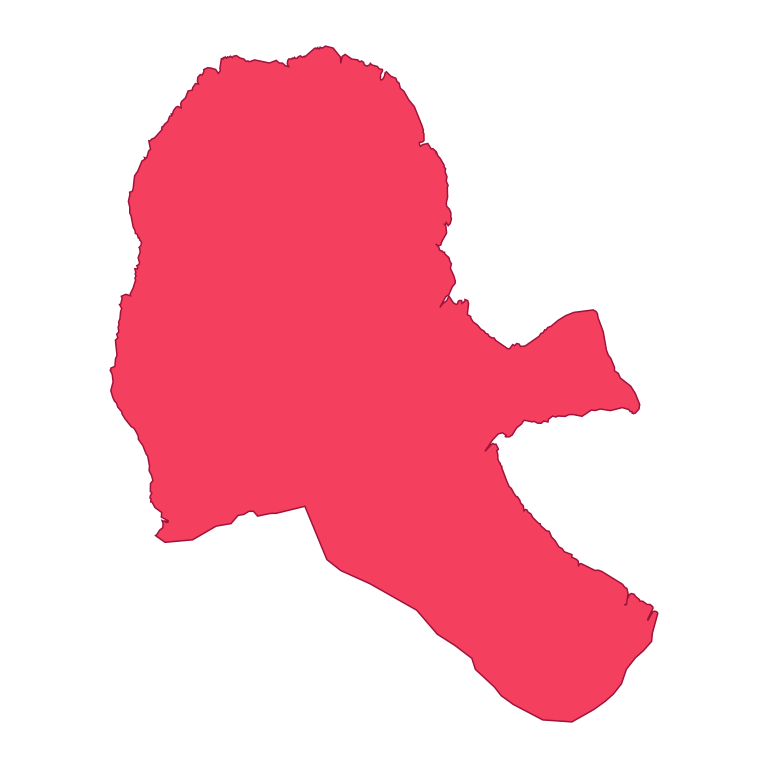 North Erromango, Tafea, Vanuatu
{"feature_id": "77236927B15473640252363", "entity_name": "North Erromango", "entity_type": "district", "adm_level": 2, "iso_a3": "VUT", "parent_name": "Vanuatu", "parent_adm1": "Tafea", "projection": "equal_earth", "projection_center": [169.132, -18.762], "detail": "fine", "context": "isolated", "style": "filled", "palette": "rose", "viewbox_px": 768, "rotation_deg": 0, "n_neighbors": 0, "source": "geoboundaries", "source_scale": "gbopen_adm2", "svg_char_len": 6022}
<svg xmlns="http://www.w3.org/2000/svg" viewBox="0 0 768 768"><path d="M657.8,613.3L656.6,611.7L654.2,611.1L652.7,611.8L647.7,620.8L648.0,618.5L653.0,608.3L652.7,606.7L650.1,604.5L646.9,604.4L642.9,601.3L639.7,601.1L639.5,599.7L635.4,596.3L634.2,594.3L631.3,593.5L629.6,594.4L627.3,598.8L626.4,604.6L624.1,604.9L626.4,604.2L628.1,593.6L626.9,588.5L624.5,587.0L622.6,584.3L602.0,571.6L598.5,570.2L594.8,570.4L581.4,563.7L580.2,563.6L578.5,565.5L578.3,561.3L576.5,559.4L571.8,557.2L572.0,554.7L564.4,551.8L562.0,548.5L558.8,546.8L555.2,540.8L551.5,536.9L549.2,531.3L546.5,530.8L540.5,525.5L540.2,523.7L538.5,523.3L533.0,517.8L530.7,513.7L528.2,512.3L526.9,509.9L525.2,509.5L524.0,510.8L523.2,505.6L520.6,503.0L519.8,500.2L517.5,496.8L516.3,496.6L514.1,493.7L511.4,488.5L509.1,486.5L506.6,480.7L501.7,467.7L502.0,466.8L500.1,464.3L500.3,463.3L499.1,462.2L497.8,458.8L497.8,454.4L496.7,450.5L498.3,449.5L498.2,448.6L495.9,444.1L494.4,444.4L493.0,443.5L491.4,444.4L484.9,451.4L492.5,440.0L498.3,433.9L502.5,432.8L506.2,435.3L505.3,436.4L505.8,436.9L509.3,436.8L512.2,435.0L516.5,428.0L521.4,424.1L523.6,420.7L524.8,420.3L532.2,421.9L534.1,421.3L537.4,423.1L541.1,423.3L543.7,421.1L548.0,421.9L548.5,419.3L552.5,416.1L555.9,417.0L557.9,416.0L565.2,416.4L568.7,414.7L573.0,414.5L582.1,416.3L591.3,410.1L595.2,410.5L600.4,409.0L610.4,410.6L622.3,407.6L628.7,409.5L630.2,411.6L631.9,411.6L632.1,413.1L633.6,413.7L635.4,413.0L639.0,409.0L639.7,404.5L635.4,393.7L630.7,386.2L620.3,378.0L618.3,373.4L614.5,370.8L614.5,367.4L610.9,358.5L608.3,355.1L606.4,350.0L603.3,332.0L598.1,317.8L597.4,313.6L596.1,311.6L593.3,309.9L573.8,312.4L565.6,315.7L558.0,320.4L551.0,326.3L547.9,327.4L545.9,330.0L544.7,329.8L543.1,332.8L540.9,333.4L539.1,336.3L525.1,346.0L520.5,346.4L519.1,344.1L516.7,343.5L514.6,345.6L512.7,344.6L509.8,348.5L508.0,348.9L495.6,340.4L494.2,338.0L491.8,337.8L489.0,336.2L488.0,334.2L485.6,333.3L484.2,331.2L480.8,329.1L477.4,325.0L473.1,321.9L470.8,318.1L470.7,316.5L467.3,314.5L468.6,303.5L467.6,300.6L465.0,299.5L465.0,301.0L462.0,303.4L461.6,300.6L459.5,300.5L458.4,301.1L457.3,303.9L456.1,304.5L453.2,302.6L448.9,296.0L446.9,300.5L442.8,303.6L439.8,307.5L445.8,296.7L448.9,294.6L452.3,286.8L455.0,283.6L455.4,281.4L453.8,275.8L450.4,268.4L451.4,263.7L449.9,261.3L449.0,257.7L444.9,254.1L444.5,252.2L443.1,252.4L442.5,251.2L439.8,250.3L438.7,247.0L435.8,243.9L438.4,246.0L440.8,245.0L441.6,242.0L446.6,233.0L445.9,226.1L444.5,224.2L445.9,224.1L446.3,222.6L448.2,225.7L450.1,223.7L451.5,218.9L450.8,216.9L450.9,212.9L449.3,209.1L446.6,206.2L446.3,202.7L447.6,197.2L447.3,187.6L448.1,185.4L446.2,181.0L447.0,176.7L445.0,171.8L445.6,168.6L444.2,167.3L444.1,165.2L440.4,158.7L437.5,155.3L436.9,153.0L435.9,152.8L436.2,151.6L432.9,148.7L431.1,148.8L427.8,143.5L422.6,144.6L420.4,146.2L419.7,145.4L419.3,142.5L422.7,141.8L424.0,140.5L423.9,133.6L423.1,132.2L423.4,130.2L421.7,124.9L414.3,106.6L408.8,99.9L403.8,91.1L400.3,88.3L399.1,83.1L397.0,81.5L395.8,78.2L390.9,76.3L386.4,71.8L385.2,72.7L384.4,76.3L382.6,79.4L381.1,80.1L380.5,79.1L380.6,74.4L382.6,70.6L382.3,69.4L379.2,68.9L377.4,66.5L372.0,65.0L370.3,63.3L369.6,64.8L367.0,66.1L364.3,64.8L363.6,62.3L361.6,61.0L359.6,61.8L357.6,59.8L351.9,59.1L345.1,54.4L342.2,56.4L340.7,63.4L340.5,57.2L333.2,48.1L325.5,46.1L322.3,48.1L320.1,47.2L319.6,48.8L318.5,48.8L317.8,47.6L316.7,48.8L315.8,48.0L314.5,48.4L304.9,56.8L304.3,56.2L302.5,57.3L300.3,55.8L298.2,56.8L297.5,58.1L295.1,58.4L294.6,57.4L293.5,58.4L292.3,58.0L291.6,59.1L288.9,58.9L287.8,60.4L287.3,63.7L288.6,66.6L285.4,65.7L282.4,63.1L279.4,63.1L276.2,60.4L269.4,63.0L254.6,59.9L249.2,61.8L248.0,60.9L246.1,61.4L243.9,59.0L240.0,58.0L236.4,55.6L233.4,56.2L232.4,57.6L230.4,56.2L228.7,57.4L227.5,56.9L226.5,58.2L225.2,56.9L224.3,57.9L223.3,57.6L222.8,59.2L221.4,58.7L219.9,68.5L220.3,70.7L218.3,73.4L215.7,69.5L211.1,68.1L207.7,67.7L203.7,69.6L204.0,71.4L202.2,75.0L200.3,74.5L197.8,77.3L197.4,81.3L198.5,84.0L195.5,83.5L192.8,87.5L192.2,90.1L188.1,91.0L185.5,97.8L181.6,101.5L180.7,103.8L181.2,107.9L177.8,106.4L176.0,107.2L173.5,110.6L172.6,113.8L171.2,114.0L172.0,115.2L171.6,115.8L169.7,116.2L167.8,121.5L164.4,124.4L163.4,126.4L162.2,126.6L161.6,128.1L161.9,129.7L154.6,137.9L151.8,139.0L149.8,141.1L148.8,140.8L150.5,149.3L148.7,150.9L146.9,157.1L146.2,158.0L144.4,157.5L145.0,159.2L142.0,161.0L137.8,171.1L134.6,175.8L133.1,188.9L132.2,191.4L129.6,192.2L129.9,194.5L128.4,201.5L129.7,206.8L129.8,213.2L131.0,215.5L133.2,227.1L135.0,230.5L135.4,233.5L137.2,234.1L138.3,238.0L139.3,237.8L139.7,240.0L141.5,242.0L141.0,245.4L139.0,247.6L139.7,248.4L140.2,252.2L138.1,257.7L139.5,262.8L138.9,264.5L136.7,265.7L137.7,267.6L137.4,268.9L134.8,268.7L135.9,272.6L135.1,273.7L136.0,276.1L134.9,278.1L135.6,280.0L133.0,288.3L130.2,294.0L130.6,295.8L125.9,294.3L121.3,296.3L122.1,298.2L121.5,300.8L120.7,304.1L119.5,304.5L121.7,308.4L120.6,311.6L119.9,318.9L118.6,322.2L119.0,324.6L118.1,327.2L118.8,331.8L116.7,334.2L117.9,337.9L115.4,340.1L117.0,355.4L115.5,358.8L114.9,366.4L110.9,368.1L110.9,369.8L110.2,370.2L112.2,374.4L113.1,381.9L110.8,390.6L112.7,397.1L114.4,401.0L116.4,402.9L117.8,407.1L121.8,411.9L122.1,414.1L125.3,419.2L131.1,426.5L134.0,428.3L136.1,431.8L138.2,435.9L138.4,439.3L142.9,445.7L146.1,453.9L147.7,456.1L149.5,466.0L149.1,470.7L151.5,475.4L152.9,480.6L150.5,483.4L150.3,491.3L151.8,493.0L150.1,496.3L150.2,498.4L151.1,498.8L150.7,501.9L152.2,502.3L154.9,507.5L161.7,512.5L161.3,517.1L168.1,520.7L168.2,521.8L166.1,521.3L167.6,522.8L162.0,520.5L163.1,523.5L162.8,527.7L159.7,530.1L156.7,534.8L155.5,535.4L156.2,536.1L165.0,542.3L192.6,539.8L216.2,526.1L231.0,523.6L238.1,515.4L243.8,514.4L249.0,511.3L253.5,511.3L257.6,516.1L270.6,513.4L276.3,513.3L304.9,506.3L326.9,559.6L340.8,570.6L370.1,583.8L416.7,610.2L437.4,634.3L454.7,645.3L471.9,658.4L475.4,669.4L494.4,687.0L501.3,695.8L513.4,704.5L542.7,719.9L571.9,721.9L593.8,709.5L605.2,701.3L613.4,694.0L621.5,683.7L626.4,669.2L635.3,657.9L643.5,650.6L651.6,641.3L652.4,633.1L657.8,613.3Z" fill="#f43f5e" stroke="#9f1239" stroke-width="1.5"/></svg>